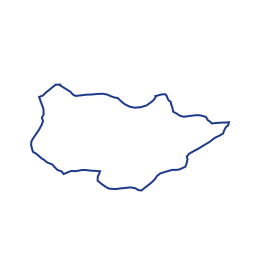 outline of Sollentuna, Stockholm, Sweden, rotated 162°
{"feature_id": "70781695B54178975412741", "entity_name": "Sollentuna", "entity_type": "district", "adm_level": 2, "iso_a3": "SWE", "parent_name": "Sweden", "parent_adm1": "Stockholm", "projection": "equal_earth", "projection_center": [17.924, 59.447], "detail": "fine", "context": "isolated", "style": "outline", "palette": "blue", "viewbox_px": 256, "rotation_deg": 162, "n_neighbors": 0, "source": "geoboundaries", "source_scale": "gbopen_adm2", "svg_char_len": 1626}
<svg xmlns="http://www.w3.org/2000/svg" viewBox="0 0 256 256"><g transform="rotate(162 128 128)"><path d="M179.8,190.4L183.4,191.6L187.9,189.9L192.4,188.1L195.6,186.9L198.7,185.2L203.0,185.0L202.8,179.3L202.5,172.2L204.1,167.0L206.8,164.3L206.6,161.0L208.8,158.0L213.5,153.6L219.4,149.1L223.9,145.3L225.4,141.7L225.8,136.5L225.7,135.5L225.6,134.5L223.3,132.0L221.5,129.1L219.4,125.5L217.9,124.0L215.7,120.4L211.4,116.8L209.2,112.1L208.1,110.0L206.0,108.3L204.6,107.2L204.0,105.9L203.7,104.5L203.5,104.1L195.4,104.7L191.0,103.1L184.3,102.2L180.5,100.8L176.7,99.0L171.8,97.1L168.0,95.5L169.7,93.2L171.8,91.1L173.2,87.3L170.3,82.8L167.4,78.9L164.8,76.2L158.9,73.8L154.0,72.9L147.6,71.5L144.1,70.8L139.7,68.5L137.4,65.8L134.5,64.4L130.4,66.0L123.1,68.6L118.4,70.9L115.2,73.4L111.4,74.8L106.5,74.8L98.9,74.5L94.8,73.2L91.9,72.7L85.5,73.4L83.2,76.2L81.1,79.9L80.8,82.8L77.6,84.7L72.1,85.8L67.7,86.5L63.1,87.7L54.6,89.6L48.5,91.8L43.2,92.5L39.2,93.4L37.7,95.5L34.9,98.4L31.8,99.7L30.2,102.3L32.6,102.8L36.3,103.9L39.7,104.8L43.8,105.8L46.9,106.4L48.0,108.7L49.7,110.8L50.5,114.5L54.5,117.2L57.2,118.5L61.0,119.5L65.7,120.4L71.4,121.4L74.9,123.7L77.6,127.1L80.0,129.5L79.6,132.5L79.6,137.6L79.3,139.8L80.7,141.5L81.2,143.6L81.2,146.2L81.9,148.4L85.1,149.5L89.4,149.7L92.0,149.9L91.9,149.1L94.8,146.8L98.6,145.2L103.6,143.7L109.7,143.9L115.5,145.3L119.6,147.6L123.1,151.0L124.8,153.1L127.2,157.2L128.3,159.5L131.6,161.3L134.8,163.8L137.4,166.2L141.8,168.5L147.6,170.1L152.0,171.0L157.5,172.6L162.2,173.5L168.0,174.7L170.1,176.9L171.8,180.6L176.2,185.7L180.0,190.3L179.8,190.4Z" fill="none" stroke="#1e3a8a" stroke-width="2"/></g></svg>